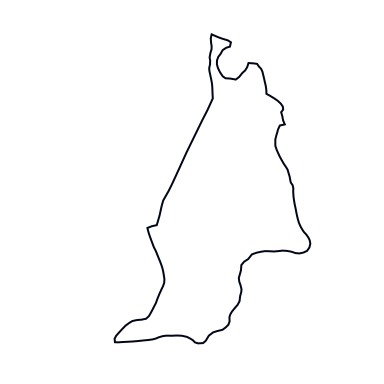 outline of Changamwe, Coast, Kenya, rotated 258°
{"feature_id": "3690345B29698096186163", "entity_name": "Changamwe", "entity_type": "district", "adm_level": 2, "iso_a3": "KEN", "parent_name": "Kenya", "parent_adm1": "Coast", "projection": "natural_earth1", "projection_center": [39.602, -4.018], "detail": "fine", "context": "isolated", "style": "outline", "palette": "ink", "viewbox_px": 384, "rotation_deg": 258, "n_neighbors": 0, "source": "geoboundaries", "source_scale": "gbopen_adm2", "svg_char_len": 2630}
<svg xmlns="http://www.w3.org/2000/svg" viewBox="0 0 384 384"><g transform="rotate(258 192 192)"><path d="M342.1,244.0L338.4,242.3L333.9,241.7L330.4,241.5L327.6,240.8L323.9,238.8L319.9,237.2L316.8,237.1L312.9,236.1L309.7,234.6L307.0,234.2L302.4,234.2L298.5,234.2L294.1,234.1L290.0,233.6L284.3,232.6L279.2,231.8L268.7,224.0L260.0,216.9L245.8,205.8L234.8,197.2L231.6,194.7L218.2,184.8L204.9,174.9L201.7,172.4L197.8,169.3L193.9,165.8L189.7,162.1L185.0,159.6L180.2,157.4L176.0,155.5L170.9,152.8L166.9,150.6L166.9,145.8L166.1,140.9L163.1,141.0L160.2,141.2L156.2,141.7L152.0,142.3L146.1,143.2L141.9,144.3L138.7,144.9L135.1,145.5L130.8,146.3L127.5,146.8L124.0,147.2L120.0,147.3L115.8,147.1L112.5,146.9L108.9,145.9L105.8,144.0L103.1,141.9L99.3,139.1L94.8,136.0L91.0,133.7L87.5,130.8L85.1,128.9L82.4,126.6L79.6,124.1L77.6,120.8L77.6,116.3L78.2,111.5L78.2,106.9L77.1,103.7L75.1,99.2L72.4,95.2L70.0,91.8L67.1,87.9L64.6,85.8L61.1,85.4L60.3,88.5L59.8,92.2L59.0,97.2L58.2,102.3L57.5,107.7L56.9,113.5L56.3,118.7L56.0,123.0L56.2,126.2L56.8,129.4L57.1,133.4L56.8,137.2L55.6,142.3L54.8,147.3L53.5,152.2L51.3,157.0L49.0,159.8L46.9,162.0L44.4,163.5L42.7,166.4L41.9,171.4L43.6,174.5L48.0,178.6L50.3,183.5L50.7,187.4L50.9,193.2L52.6,196.9L54.6,200.0L57.7,201.9L61.8,202.6L64.3,204.0L66.8,206.3L69.7,209.9L72.1,213.1L75.3,215.8L80.3,217.5L83.9,219.4L86.6,220.2L90.5,220.1L94.4,219.6L98.1,219.9L100.8,221.3L105.2,223.6L110.3,225.1L113.0,228.5L114.7,233.0L118.5,237.6L119.2,242.5L119.2,247.4L119.0,251.0L118.1,254.8L116.7,260.2L116.2,264.6L115.8,268.5L114.7,272.5L113.0,276.7L110.8,280.4L109.6,284.1L109.6,288.5L110.5,292.3L113.3,295.3L116.9,297.0L120.2,297.1L122.9,296.5L126.5,295.0L130.1,292.9L132.9,291.9L135.7,291.0L139.4,290.2L143.2,289.9L146.5,289.8L150.1,289.8L154.2,289.9L159.1,289.9L163.4,290.1L166.9,290.4L171.5,291.1L174.7,291.9L177.9,291.8L180.7,290.6L183.5,290.6L186.6,290.7L190.4,290.4L194.2,290.1L197.2,289.0L200.1,287.8L204.7,286.3L208.7,285.1L212.3,284.3L215.6,283.6L219.7,283.1L226.0,284.4L229.9,286.3L232.6,287.8L235.2,289.1L238.8,291.8L238.8,296.8L243.2,296.0L247.5,296.1L251.5,295.8L253.7,298.3L256.7,298.6L260.0,297.2L263.4,294.8L266.5,291.9L269.7,288.5L272.6,285.2L276.2,285.9L280.6,286.2L284.8,286.1L288.2,286.1L291.3,286.0L295.0,285.9L297.9,285.3L300.9,283.5L303.8,282.3L305.0,279.0L306.4,274.1L302.6,271.9L299.8,269.2L297.9,265.9L294.7,262.0L292.9,258.2L295.0,253.0L296.3,248.4L298.8,246.1L303.3,244.3L307.6,243.2L311.7,242.9L315.5,243.8L318.7,245.8L321.1,248.6L324.4,251.5L326.0,255.5L326.3,259.3L330.3,261.2L332.8,258.7L335.5,253.8L337.7,250.2L339.8,247.2L342.1,244.0Z" fill="none" stroke="#020617" stroke-width="2"/></g></svg>